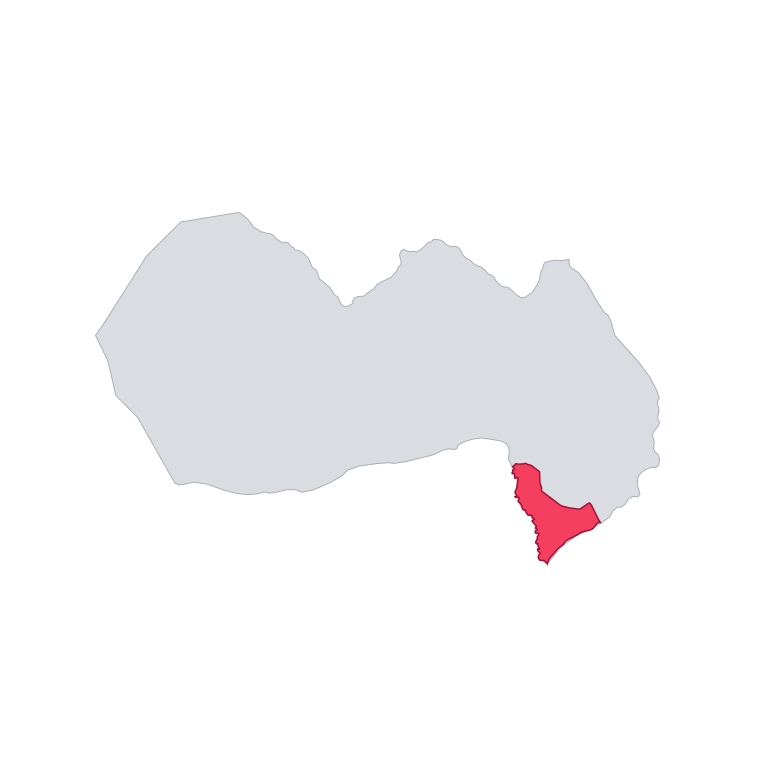 Ñeembucú on a map of Paraguay (Natural Earth projection), rotated 316°
{"feature_id": "PRY-610", "entity_name": "Ñeembucú", "entity_type": "Department", "adm_level": 1, "iso_a3": "PRY", "parent_name": "Paraguay", "parent_adm1": "", "projection": "natural_earth1", "projection_center": [-58.039, -26.618], "detail": "fine", "context": "in_parent", "style": "filled", "palette": "rose", "viewbox_px": 768, "rotation_deg": 316, "n_neighbors": 0, "source": "natural_earth", "source_scale": "10m", "svg_char_len": 5765}
<svg xmlns="http://www.w3.org/2000/svg" viewBox="0 0 768 768"><g transform="rotate(316 384 384)"><path d="M399.4,181.0L400.5,185.5L401.2,189.0L403.0,191.5L404.7,194.8L406.4,196.6L407.7,199.7L407.3,203.2L408.0,207.7L408.9,211.7L409.7,212.7L412.2,213.7L413.5,217.3L412.6,219.1L412.9,221.1L413.8,223.1L413.0,225.1L413.4,226.6L415.1,227.9L416.7,232.9L416.8,241.3L415.1,245.9L413.7,249.6L413.4,251.8L414.4,255.1L412.7,259.0L410.6,263.8L411.1,267.1L411.5,270.2L411.6,273.5L412.2,276.6L411.5,279.9L410.8,282.7L410.4,286.0L411.3,289.8L409.7,293.3L408.9,295.7L408.5,298.2L410.1,302.1L414.1,303.8L417.2,304.2L420.1,302.1L422.4,301.5L426.5,303.4L430.3,306.7L435.2,307.1L439.5,307.7L442.8,308.7L447.6,307.5L452.6,308.7L458.5,310.6L463.4,312.2L468.2,311.8L471.8,311.6L475.7,309.7L479.3,309.9L482.1,306.7L483.6,303.8L485.0,301.7L489.0,300.1L491.8,301.1L494.0,306.4L498.0,309.5L499.5,311.8L502.5,312.8L508.9,313.0L512.8,312.8L517.3,314.5L520.3,314.5L522.9,317.4L525.3,320.9L525.6,327.3L527.8,332.2L530.7,334.1L532.3,337.2L531.8,341.5L530.3,345.8L530.5,350.6L532.0,354.9L532.0,359.2L533.0,363.5L535.1,367.3L535.8,373.2L535.4,377.6L536.8,380.0L537.3,383.6L536.4,386.4L536.0,390.4L536.2,393.9L537.2,396.7L540.3,400.5L541.1,407.1L541.1,411.6L542.4,417.0L545.0,419.4L549.1,420.3L554.0,421.1L559.8,419.8L565.0,418.4L567.9,417.0L573.7,413.0L578.7,410.8L581.3,409.3L583.7,408.3L588.7,410.8L593.3,413.9L596.9,418.2L603.6,422.9L602.3,424.1L599.6,428.0L599.6,432.5L601.4,439.1L599.7,452.9L594.3,474.1L592.1,486.4L593.0,489.9L591.0,496.1L583.8,509.4L583.4,518.3L582.4,545.1L579.9,564.0L575.8,578.0L572.1,585.5L568.8,586.4L566.4,588.6L565.0,592.1L562.3,595.1L558.4,597.5L556.2,600.0L555.9,602.9L552.2,604.7L545.0,605.5L540.8,607.7L539.6,611.4L537.2,614.4L533.6,616.5L531.9,620.1L532.1,625.1L530.0,629.4L525.8,633.0L521.9,633.1L518.4,629.7L513.6,627.5L507.6,626.4L502.6,627.2L498.6,630.0L495.0,634.5L491.9,640.7L488.4,641.7L484.7,637.6L479.9,636.4L474.1,638.0L469.4,637.4L466.0,634.7L460.7,634.3L453.6,636.5L439.2,634.0L417.4,626.9L399.0,624.2L376.5,626.8L374.6,619.4L375.8,615.4L379.4,612.4L381.7,609.0L382.6,605.2L385.2,602.3L389.3,600.3L391.1,598.3L390.4,596.2L391.3,594.4L393.7,592.8L395.0,590.4L395.4,587.0L396.2,585.3L397.8,584.1L398.0,581.7L397.1,574.5L397.2,568.6L398.3,563.9L399.7,561.1L400.7,560.4L401.6,558.8L402.0,556.0L403.5,553.4L410.7,548.1L413.4,545.2L413.6,542.5L414.7,538.9L419.0,531.3L420.4,527.7L420.5,525.9L422.0,524.0L427.2,519.7L430.0,515.7L430.4,511.9L429.2,507.6L426.2,502.9L417.0,490.9L409.8,485.4L400.7,480.9L394.6,479.5L391.7,481.1L388.8,479.8L385.8,475.8L380.7,472.6L370.1,469.1L346.0,455.1L336.3,448.3L333.0,444.1L324.0,436.6L309.2,425.8L297.8,420.6L289.9,420.9L277.2,417.7L259.7,411.1L249.6,404.8L246.9,398.6L240.4,392.4L230.1,386.2L224.8,382.1L224.4,380.1L221.4,377.6L215.7,374.4L209.4,369.0L202.6,361.3L195.3,349.5L187.5,333.5L179.1,322.7L170.2,317.1L165.8,313.4L165.8,311.6L164.4,309.9L165.6,306.8L168.7,294.6L173.2,276.9L177.9,258.7L183.5,237.1L183.4,221.8L183.2,205.8L191.3,192.5L197.0,183.1L201.9,174.2L206.9,158.9L210.2,148.6L223.0,146.2L244.9,140.9L255.8,138.3L278.8,132.7L302.1,127.0L326.7,126.6L350.4,126.3L368.8,139.0L382.8,148.7L398.3,159.4L399.4,161.7L400.4,170.7L399.4,181.0Z" fill="#d9dde1" stroke="#a8b0b8" stroke-width="1"/><path d="M401.3,557.4L401.8,556.7L402.2,555.4L402.7,553.3L403.3,552.7L406.6,551.3L408.4,550.3L414.3,545.4L415.0,544.4L415.0,543.6L412.6,542.8L413.0,541.9L414.8,540.2L415.2,539.8L415.5,539.0L415.4,538.4L414.2,537.9L414.1,537.5L414.2,537.0L415.3,536.6L416.4,535.9L417.1,535.4L417.3,535.5L418.5,535.8L418.8,535.7L419.1,535.5L419.1,535.2L419.2,534.8L419.1,533.7L419.1,533.2L419.3,532.9L419.5,532.7L420.0,532.7L421.0,533.1L421.4,533.2L421.7,533.2L422.8,532.9L423.1,532.9L423.5,533.1L423.9,533.4L424.6,534.5L425.3,535.3L426.4,536.4L427.6,537.2L429.0,538.5L429.5,538.8L430.6,539.3L430.8,539.6L431.0,540.0L431.1,540.7L431.2,541.2L431.5,541.8L432.8,543.7L433.5,545.4L434.9,554.5L434.9,555.2L434.6,555.6L427.7,563.1L425.7,567.3L425.1,568.3L424.0,569.2L423.0,570.5L426.6,593.5L427.0,594.6L427.4,595.8L431.7,602.4L437.6,609.9L438.0,610.1L447.4,611.7L448.9,612.1L449.3,613.1L449.0,615.5L444.4,629.7L443.4,633.9L442.5,633.0L442.1,632.7L441.0,632.4L440.8,632.3L439.4,632.3L434.2,633.1L432.9,633.0L432.5,632.9L431.7,632.6L423.4,628.0L422.8,627.7L417.5,626.5L415.2,625.7L412.9,625.2L412.2,625.0L410.6,624.3L407.5,623.6L406.6,623.4L405.0,623.3L401.8,623.9L401.1,624.0L395.4,623.2L381.3,624.5L376.7,626.7L376.5,626.9L376.7,623.8L376.6,622.5L376.0,621.3L374.7,620.3L374.0,619.5L373.7,618.7L374.0,616.9L374.7,615.6L375.9,614.9L378.5,614.4L378.8,613.7L378.7,612.8L378.7,611.7L378.8,611.1L379.0,610.6L379.2,610.2L379.5,609.7L380.0,609.4L380.3,609.7L380.4,610.1L380.4,610.4L380.5,610.5L380.8,610.8L381.3,610.9L381.5,610.6L381.5,609.6L381.6,609.1L381.8,608.6L382.3,607.8L383.2,606.5L383.6,605.7L382.8,604.9L382.7,604.1L383.1,603.3L384.0,602.7L386.2,602.0L387.4,601.5L387.8,600.7L388.4,600.1L389.6,600.0L390.7,599.9L391.4,599.3L391.1,598.2L390.1,597.4L389.5,596.6L390.1,595.2L391.0,594.9L391.9,595.2L392.8,595.4L393.5,594.6L393.3,594.1L392.9,593.3L392.8,592.7L393.7,592.4L394.3,592.5L394.7,592.4L394.9,592.1L395.0,587.2L395.3,586.0L395.5,585.3L395.7,585.2L396.0,585.4L397.6,585.8L398.2,585.7L398.5,585.4L398.4,584.8L398.1,584.3L397.8,583.7L397.8,583.0L398.0,582.8L398.9,582.1L399.2,581.7L398.9,581.4L398.5,580.5L398.1,580.0L397.0,579.1L396.7,578.7L396.5,577.7L396.6,576.7L396.9,575.8L397.1,574.7L397.2,574.2L398.0,573.6L398.1,572.9L396.9,571.7L396.7,570.9L397.1,569.9L398.8,566.5L399.1,565.7L399.2,564.6L398.9,562.6L398.9,561.6L399.4,561.2L400.2,561.0L401.4,560.4L402.3,559.7L402.2,558.9L401.5,558.3L400.6,557.8L400.0,557.2L399.9,556.1L400.4,556.3L400.8,556.5L401.1,556.9L401.3,557.4Z" fill="#f43f5e" stroke="#9f1239" stroke-width="1.5"/></g></svg>